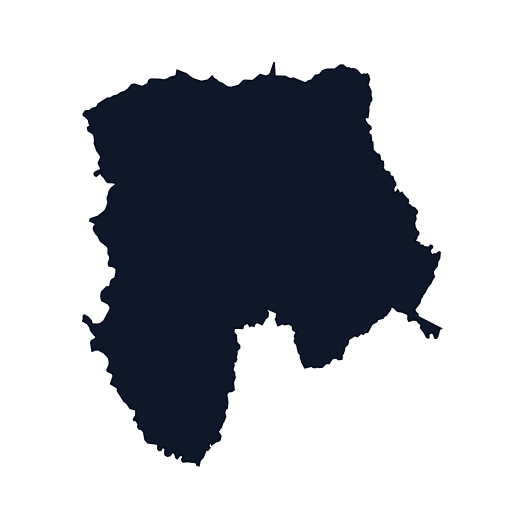 outline of Nova Monte Verde, Mato Grosso, Brazil, rotated 170°
{"feature_id": "56859067B49038615674906", "entity_name": "Nova Monte Verde", "entity_type": "district", "adm_level": 2, "iso_a3": "BRA", "parent_name": "Brazil", "parent_adm1": "Mato Grosso", "projection": "natural_earth1", "projection_center": [-57.251, -9.927], "detail": "fine", "context": "isolated", "style": "filled", "palette": "ink", "viewbox_px": 512, "rotation_deg": 170, "n_neighbors": 0, "source": "geoboundaries", "source_scale": "gbopen_adm2", "svg_char_len": 6057}
<svg xmlns="http://www.w3.org/2000/svg" viewBox="0 0 512 512"><g transform="rotate(170 256 256)"><path d="M396.5,264.4L398.7,259.0L401.9,257.8L403.4,256.4L405.0,251.9L406.3,250.9L408.2,251.6L413.6,248.1L414.7,246.4L415.8,243.2L415.7,238.9L409.8,234.4L408.5,231.2L408.8,229.4L410.0,227.4L417.1,218.5L420.8,216.5L423.2,216.2L428.1,217.1L429.4,218.5L429.6,221.0L431.8,224.6L435.3,227.7L436.4,227.1L436.9,223.8L438.0,222.1L433.7,218.5L431.8,214.2L431.9,212.1L431.2,210.3L429.3,206.6L427.9,205.2L427.5,203.9L428.5,202.6L432.8,201.1L433.7,199.7L434.0,190.7L430.5,191.5L427.4,190.9L422.4,186.8L418.8,181.1L418.8,177.4L419.6,174.0L422.6,169.7L422.4,168.3L418.4,165.6L417.4,163.5L417.8,161.7L421.4,155.4L415.4,150.2L415.8,147.0L411.3,136.0L408.7,133.1L406.4,127.7L402.0,125.9L401.1,124.9L402.1,119.7L405.0,116.6L404.7,115.1L402.8,115.0L401.3,111.1L402.1,107.9L401.2,106.0L399.2,105.3L397.2,102.5L397.2,94.3L395.0,90.8L385.9,87.9L385.4,86.3L386.2,82.9L385.5,81.5L383.5,81.2L381.4,83.7L380.1,83.2L378.9,81.7L380.1,77.9L380.0,75.8L377.8,74.1L375.4,74.4L372.6,76.9L371.2,77.0L370.3,75.0L369.8,71.1L368.9,70.0L366.2,72.4L364.4,72.9L363.2,72.2L362.8,70.4L364.4,69.0L364.5,67.5L363.4,65.7L359.9,65.6L351.4,63.1L350.6,62.1L350.6,60.4L348.6,59.3L346.6,64.2L343.1,66.8L338.9,73.6L337.2,73.1L334.7,75.2L335.4,76.6L335.5,78.3L334.2,79.0L334.0,80.5L332.4,79.7L332.4,77.8L327.6,80.1L324.8,80.3L323.4,81.1L321.8,85.0L323.6,88.6L323.8,90.7L322.2,90.8L321.4,92.3L320.0,93.1L317.7,97.6L316.3,98.9L313.8,103.1L314.2,107.4L312.3,110.8L310.8,111.1L309.2,116.9L309.0,124.7L306.7,127.2L303.4,126.8L300.8,128.0L300.3,135.6L297.6,140.1L297.8,142.7L297.4,144.7L298.8,147.9L296.5,152.4L296.9,154.5L295.9,155.5L294.4,155.4L293.0,157.6L293.3,159.8L291.8,162.6L291.3,165.9L288.0,168.4L287.8,170.9L290.1,174.5L289.2,181.3L291.3,184.8L289.9,188.7L281.7,187.0L280.4,190.0L275.7,191.5L274.3,187.7L273.0,188.4L270.1,187.1L269.3,189.0L267.6,190.0L265.8,190.2L261.8,187.4L257.9,192.4L254.9,194.2L253.8,197.8L255.8,203.2L245.3,196.2L246.7,191.7L247.8,190.5L246.5,183.6L241.3,184.7L239.9,183.4L235.3,183.4L232.7,181.1L232.2,179.4L232.7,177.7L232.1,176.2L229.7,174.6L230.3,172.6L231.7,171.1L232.1,169.7L231.7,167.7L233.0,165.8L232.7,163.8L231.6,162.5L231.2,160.2L230.9,153.1L229.7,152.0L229.4,150.3L229.8,148.4L229.2,143.1L227.3,137.3L220.5,137.9L219.1,136.4L216.8,135.8L214.5,136.2L213.1,135.3L210.1,135.0L205.8,138.1L202.6,137.4L198.9,141.6L195.7,141.8L194.2,141.4L193.2,139.8L189.5,139.4L188.7,141.5L188.8,143.4L187.1,144.8L185.0,148.7L185.0,150.4L181.0,153.2L179.4,157.5L172.7,160.5L170.0,158.9L166.7,161.3L165.4,161.5L164.0,160.3L161.9,161.7L159.3,161.5L153.6,168.7L148.3,170.5L147.4,172.3L141.6,172.8L140.3,174.4L137.9,175.1L133.0,179.9L131.5,182.8L128.7,180.8L127.1,177.9L125.9,176.9L121.8,175.5L117.0,172.4L116.5,170.7L117.4,167.5L116.8,165.2L112.0,165.8L108.7,164.6L107.5,162.0L106.2,160.9L105.5,159.1L106.4,156.6L103.6,151.4L102.2,146.6L101.1,145.5L99.8,145.7L99.9,147.3L99.1,149.1L97.3,149.8L95.7,149.6L94.6,148.2L94.2,144.1L92.6,143.7L91.1,145.0L88.1,151.7L86.1,152.4L106.9,168.1L106.7,170.5L108.7,173.4L109.0,175.9L102.9,181.4L101.1,185.5L99.3,187.0L98.8,188.4L96.1,190.8L92.3,195.8L89.1,198.3L85.6,203.2L83.9,204.6L84.6,208.1L84.2,209.7L82.9,211.7L79.3,214.7L78.3,218.7L75.7,221.7L74.0,227.6L75.0,228.3L78.3,226.4L79.7,227.1L82.6,226.4L83.9,230.0L82.5,232.8L80.8,233.5L80.6,235.2L82.2,236.3L84.4,234.4L88.9,236.0L89.8,237.6L92.6,238.0L92.7,240.7L96.0,242.5L96.6,244.6L95.0,245.0L93.7,248.0L92.2,248.9L91.8,250.4L92.0,251.9L93.2,252.7L94.4,257.3L94.2,261.3L92.1,264.4L92.0,268.5L89.6,270.8L89.5,272.7L91.8,276.1L94.5,277.5L95.0,279.0L96.6,280.2L97.5,281.8L96.3,283.1L96.4,285.4L97.8,286.7L100.8,291.9L101.0,293.3L104.3,292.5L104.2,294.8L105.0,296.6L106.0,295.3L108.9,293.4L109.0,297.9L108.2,299.7L106.2,301.5L105.8,303.7L107.2,306.6L107.5,310.4L109.7,311.5L110.1,312.9L109.8,314.4L110.8,316.0L113.6,316.8L115.7,320.6L114.8,322.4L114.2,327.0L115.8,327.7L116.8,329.0L116.6,332.7L117.2,334.6L119.0,335.3L122.3,339.9L121.3,348.0L122.9,348.8L122.1,350.5L121.9,355.4L123.6,356.7L123.7,358.9L122.2,360.5L120.5,361.3L120.6,363.2L121.5,364.7L122.8,365.7L124.7,369.5L125.0,372.7L124.2,373.7L121.8,372.9L119.6,380.2L119.3,383.7L118.1,384.8L117.0,387.7L115.2,389.1L114.7,391.1L115.0,394.1L114.2,398.2L115.3,403.0L116.3,404.8L113.5,410.4L113.9,414.4L114.9,416.0L116.6,415.6L118.1,416.5L119.6,415.7L121.0,416.4L122.4,418.0L123.5,420.5L126.0,422.8L128.0,423.7L130.0,423.7L132.1,425.3L133.6,424.9L137.1,428.9L140.0,429.3L145.9,426.3L154.0,427.6L158.4,426.8L161.9,423.6L166.2,423.6L170.8,419.5L174.0,419.4L176.0,418.2L178.1,418.2L188.3,424.7L191.4,424.5L196.3,427.9L206.1,429.9L204.5,443.7L210.1,433.4L211.9,432.0L215.1,431.3L220.4,434.0L228.0,429.6L230.0,429.5L236.5,431.0L238.2,430.7L243.3,427.0L251.3,426.3L255.0,427.5L259.3,431.9L262.7,433.7L264.1,436.0L266.9,438.4L267.9,440.8L272.6,437.6L279.5,437.4L286.0,440.7L289.8,443.8L292.8,447.4L301.5,452.7L302.9,448.5L303.8,447.2L308.9,446.9L312.7,445.6L316.5,445.3L319.7,446.6L328.6,448.4L330.5,447.9L331.5,446.9L332.3,444.6L338.6,442.6L345.8,446.3L348.8,446.3L353.0,442.6L356.7,440.8L360.9,440.2L364.5,438.5L368.8,438.2L372.3,436.6L374.3,437.3L376.1,436.8L385.1,433.0L386.3,431.1L387.8,430.0L391.5,429.8L395.1,428.0L398.8,428.5L401.4,425.9L401.6,424.4L400.0,423.0L397.3,419.2L397.2,415.0L396.1,413.2L399.5,411.8L399.7,409.9L399.3,408.2L395.3,404.9L394.6,402.6L394.8,397.9L395.6,395.1L395.3,392.6L394.3,387.1L391.5,381.2L392.1,379.2L394.8,375.7L395.1,374.0L393.6,369.6L394.2,368.0L399.9,366.5L401.1,365.4L400.9,363.4L399.5,362.3L395.7,364.4L394.2,364.1L393.9,362.1L392.3,360.3L390.2,355.3L389.2,354.2L382.8,352.7L381.7,351.9L382.1,350.5L387.2,347.7L389.5,344.9L390.6,341.8L392.0,339.9L392.6,337.4L392.2,334.9L394.4,330.2L397.0,326.7L404.9,322.5L412.7,321.3L413.7,319.4L409.0,316.3L408.7,314.6L410.7,313.0L411.3,311.5L411.1,309.0L409.5,305.0L408.2,303.5L406.6,297.7L400.7,291.1L400.2,288.8L401.2,284.2L400.1,280.9L400.5,278.3L402.4,275.0L402.8,273.3L402.4,271.6L399.3,270.9L396.0,268.0L396.5,264.4Z" fill="#0f172a" stroke="#020617" stroke-width="1.5"/></g></svg>